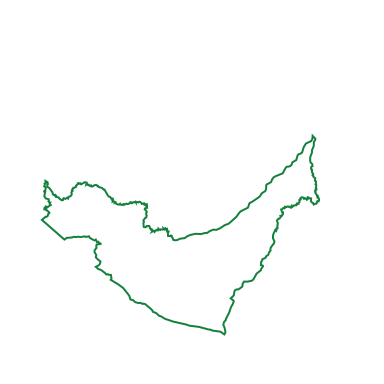 Caracaraí, Roraima, Brazil, rotated 221°
{"feature_id": "56859067B80750202370332", "entity_name": "Caracaraí", "entity_type": "district", "adm_level": 2, "iso_a3": "BRA", "parent_name": "Brazil", "parent_adm1": "Roraima", "projection": "mercator", "projection_center": [-61.229, 0.312], "detail": "fine", "context": "isolated", "style": "outline", "palette": "green", "viewbox_px": 384, "rotation_deg": 221, "n_neighbors": 0, "source": "geoboundaries", "source_scale": "gbopen_adm2", "svg_char_len": 5990}
<svg xmlns="http://www.w3.org/2000/svg" viewBox="0 0 384 384"><g transform="rotate(221 192 192)"><path d="M137.8,313.5L136.0,311.1L135.5,308.5L137.8,303.4L137.1,299.1L134.8,294.0L135.3,292.0L136.2,290.8L136.4,289.1L134.3,284.6L135.7,280.2L134.7,277.7L134.8,276.4L135.3,275.1L137.0,273.3L137.2,271.9L135.8,265.5L139.3,258.7L140.0,256.6L139.8,254.1L138.8,251.4L140.6,246.5L140.2,245.4L138.1,243.0L137.3,240.8L138.5,236.7L137.9,233.4L138.2,231.6L140.2,224.0L141.3,221.3L139.5,216.9L142.5,209.6L142.7,207.2L142.2,202.3L143.5,192.2L145.6,188.3L146.9,183.3L148.8,179.4L151.2,177.6L152.9,174.3L153.7,171.1L155.3,169.6L157.7,166.0L161.8,162.9L165.1,158.5L166.7,155.1L167.2,152.5L170.7,148.5L171.5,146.2L172.8,144.7L174.7,143.6L176.9,144.8L178.6,144.8L178.7,145.6L179.1,145.6L180.1,143.9L181.3,143.1L182.9,144.8L183.7,146.8L184.8,145.9L185.0,146.5L186.2,146.5L186.2,147.5L186.7,147.8L187.1,146.7L188.3,147.2L188.8,146.3L188.3,146.3L188.2,145.8L189.6,145.8L189.2,145.5L189.2,144.6L191.0,143.4L191.0,142.6L191.6,142.2L192.8,142.3L192.4,141.9L193.2,141.3L192.7,140.6L194.0,140.0L193.9,138.9L194.7,138.2L194.2,137.3L195.6,137.3L196.1,135.9L196.4,137.2L197.2,136.9L197.8,137.4L198.4,136.7L199.2,137.3L200.1,137.0L201.4,138.2L202.2,138.2L203.9,136.5L203.6,136.0L204.1,134.7L205.4,134.0L206.1,134.5L208.4,136.8L208.6,137.8L210.1,138.8L210.3,142.0L209.8,142.8L210.7,144.5L212.2,145.3L212.9,146.2L212.9,147.1L213.8,147.8L216.4,147.9L216.7,148.8L215.7,150.4L216.2,150.5L216.3,151.6L217.6,152.7L217.6,151.8L218.2,152.4L219.0,151.6L219.3,152.2L220.2,151.3L220.8,151.9L222.1,150.1L223.1,150.6L224.3,150.5L225.5,150.0L225.9,148.9L225.6,148.0L226.1,148.7L227.9,147.8L227.5,147.3L228.4,147.6L228.9,146.4L228.4,146.4L229.7,145.7L229.8,144.3L230.3,143.8L230.9,144.2L231.8,144.0L232.0,141.4L232.9,140.5L234.0,140.1L234.1,139.1L235.3,138.2L235.1,137.6L236.0,137.6L236.2,136.3L237.5,135.7L238.6,136.0L238.7,134.7L239.8,133.9L241.5,133.4L242.9,134.1L243.3,133.1L243.7,133.8L245.2,133.5L245.5,132.8L246.0,133.9L246.8,133.5L247.1,133.9L246.9,134.6L247.6,135.0L248.5,134.0L250.3,134.6L251.3,134.1L253.0,134.1L259.6,136.4L260.1,135.9L262.4,136.0L266.3,134.4L267.0,134.4L267.2,134.9L268.7,134.5L270.0,133.4L270.6,131.1L271.0,130.6L272.0,130.7L271.7,130.2L272.5,129.7L274.4,129.7L274.6,129.1L275.6,128.9L275.9,129.3L276.6,129.0L276.7,128.3L277.6,130.0L279.3,129.1L280.7,125.1L281.9,125.2L281.9,124.6L283.4,124.4L283.9,123.7L283.3,123.1L283.7,120.7L282.9,120.0L283.7,117.6L284.3,117.3L283.9,116.3L284.2,116.0L283.7,114.5L283.2,113.9L282.8,114.1L282.8,112.6L281.1,111.2L280.9,109.2L282.1,107.1L281.2,105.8L282.6,105.3L283.0,103.7L284.7,103.2L284.8,102.3L284.1,101.2L284.9,100.3L288.1,100.0L288.9,100.4L291.7,99.0L292.3,99.2L292.2,100.0L293.4,100.1L293.4,99.7L294.3,99.1L295.5,98.9L296.8,100.1L302.3,101.4L304.6,101.0L306.1,102.7L306.0,103.5L306.8,103.7L307.3,104.6L309.8,104.2L308.5,103.0L308.8,101.7L308.0,101.2L307.2,99.3L306.1,99.5L304.8,98.8L303.9,96.9L304.1,95.5L303.7,95.3L302.9,95.9L300.9,92.1L298.2,91.2L295.4,92.5L294.4,91.6L294.2,90.8L292.6,90.6L292.1,91.0L291.8,89.7L290.1,89.6L291.0,86.0L292.7,85.3L292.4,84.9L293.0,83.5L292.1,82.0L291.6,82.3L291.9,83.2L290.9,83.8L290.1,82.8L287.6,83.0L286.2,82.9L285.8,82.4L286.1,81.0L285.2,79.4L285.5,77.8L286.2,77.4L287.0,72.5L257.1,72.4L256.4,75.3L252.5,79.2L251.9,80.6L250.0,81.8L248.4,83.8L246.8,84.6L243.8,88.2L242.8,88.3L240.6,91.0L239.5,90.4L237.3,90.6L233.9,91.5L233.3,92.2L233.3,92.9L230.9,91.9L230.2,92.9L228.2,92.7L227.2,93.1L226.9,92.9L227.3,92.1L227.9,91.9L229.5,89.8L228.5,88.0L227.4,87.2L227.3,84.2L226.3,82.8L222.9,81.6L221.7,79.6L218.0,79.3L215.8,79.6L215.1,79.1L214.3,76.9L214.3,75.4L215.5,72.4L212.3,72.4L209.3,73.5L204.3,73.8L202.5,73.5L201.6,74.8L200.5,74.9L198.8,76.2L196.0,73.9L195.7,72.4L187.2,73.9L180.9,74.4L171.4,72.6L168.0,70.5L165.5,71.7L162.6,71.6L159.5,73.1L158.1,74.6L155.9,75.1L155.4,75.9L153.7,76.7L146.0,76.8L144.1,76.6L143.1,75.9L139.6,77.1L135.6,77.0L133.6,77.9L129.4,78.5L121.1,81.9L109.2,88.3L106.1,89.5L98.2,94.8L88.9,99.3L87.9,100.2L85.7,100.8L78.8,105.3L74.2,105.7L74.6,107.8L75.3,108.6L78.5,111.0L81.1,112.2L82.5,114.6L82.5,117.6L83.1,118.3L84.8,125.2L87.1,130.9L87.8,134.7L88.9,137.0L89.5,137.3L93.0,137.1L92.6,141.3L94.8,144.9L95.1,146.2L94.3,147.9L93.0,149.1L92.0,153.3L92.3,154.4L93.4,155.4L94.0,158.5L91.0,161.1L88.6,164.4L88.3,166.3L89.7,172.8L88.7,178.1L89.4,179.7L89.7,182.7L90.3,182.9L92.0,182.0L93.9,184.5L94.1,186.3L94.8,187.3L93.3,190.6L93.9,191.9L93.2,194.6L94.2,196.9L94.3,199.4L95.4,200.3L96.1,201.8L96.5,207.2L97.5,208.9L100.5,210.2L102.3,212.3L103.5,215.0L103.8,217.2L104.2,217.5L103.7,218.2L103.0,218.0L103.2,218.7L104.1,219.1L103.8,219.6L104.3,220.1L103.8,221.0L105.6,222.7L106.6,224.6L109.3,226.3L109.2,228.6L108.5,229.3L108.7,231.7L109.5,232.0L108.5,233.3L109.2,234.7L108.9,235.1L110.1,236.4L111.1,236.0L113.2,237.3L112.7,237.9L112.6,239.7L111.7,240.2L112.2,241.5L111.3,241.6L111.3,242.5L110.8,242.7L110.6,243.6L109.8,244.2L109.4,244.1L108.4,245.3L107.8,245.0L107.5,245.7L106.8,245.4L106.6,246.1L107.5,247.4L106.3,247.6L106.1,249.1L104.6,250.3L105.2,251.7L104.6,251.7L104.5,252.6L103.9,253.0L104.6,253.7L104.3,255.0L105.8,256.5L105.8,257.2L105.2,257.2L105.1,257.7L106.1,258.8L105.7,260.1L104.3,260.8L103.3,260.4L103.0,261.3L102.2,261.7L102.0,261.3L101.3,262.0L100.2,261.6L100.1,263.0L101.1,264.0L100.1,264.4L99.4,264.0L97.9,265.3L96.1,263.0L93.8,262.8L93.2,263.1L91.9,262.4L91.3,264.1L90.4,264.8L91.4,267.4L90.3,267.9L90.9,269.5L92.4,270.5L93.4,270.1L93.7,271.0L94.7,271.6L95.1,271.0L96.1,271.7L98.4,272.3L98.5,272.9L99.8,273.4L99.5,274.0L100.2,275.0L99.8,275.5L100.4,275.8L100.6,276.3L101.2,276.2L102.3,278.2L103.1,279.0L103.9,278.9L104.3,280.1L105.6,281.4L106.2,281.1L107.1,281.6L108.1,283.3L110.3,283.1L111.3,283.9L112.0,283.8L112.3,285.1L114.2,285.5L115.5,286.9L116.1,287.0L116.3,287.7L117.5,287.7L118.5,289.3L118.0,290.5L119.4,291.9L122.0,292.1L123.6,293.4L125.6,295.8L127.3,300.4L128.8,302.2L130.3,306.6L132.9,309.8L133.1,311.9L133.8,313.1L137.8,313.5Z" fill="none" stroke="#15803d" stroke-width="2"/></g></svg>